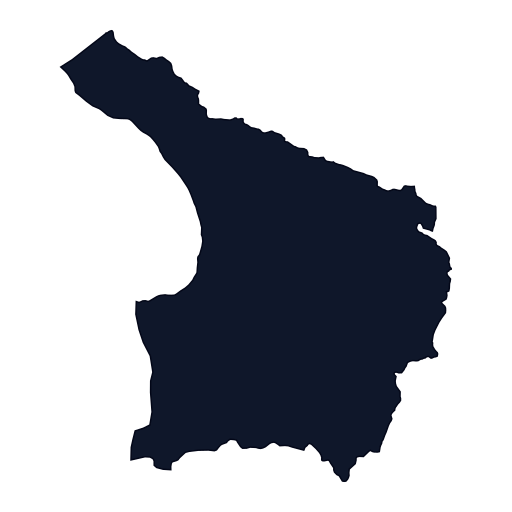 Vardenis, Gegharkunik, Armenia (Mercator projection)
{"feature_id": "60910142B17945932108202", "entity_name": "Vardenis", "entity_type": "district", "adm_level": 2, "iso_a3": "ARM", "parent_name": "Armenia", "parent_adm1": "Gegharkunik", "projection": "mercator", "projection_center": [45.706, 40.224], "detail": "fine", "context": "isolated", "style": "filled", "palette": "ink", "viewbox_px": 512, "rotation_deg": 0, "n_neighbors": 0, "source": "geoboundaries", "source_scale": "gbopen_adm2", "svg_char_len": 6050}
<svg xmlns="http://www.w3.org/2000/svg" viewBox="0 0 512 512"><path d="M170.8,469.7L170.7,466.7L171.2,463.4L172.2,461.8L176.2,460.6L177.9,459.8L179.5,457.7L185.3,452.3L189.1,451.3L198.3,450.2L208.4,450.0L214.4,450.7L216.5,449.9L218.3,447.5L220.4,445.1L221.9,444.2L226.5,442.5L227.4,441.1L229.9,439.3L231.4,439.3L234.4,439.6L236.6,440.2L237.6,442.1L240.6,446.6L242.5,448.2L246.6,448.1L250.1,447.1L256.1,447.4L258.0,448.0L260.5,448.4L262.8,447.9L265.4,446.7L269.3,443.6L270.9,442.7L273.5,442.1L275.3,442.5L278.2,444.4L279.8,445.7L284.9,445.4L288.3,445.7L292.2,447.0L303.8,450.1L304.4,448.7L304.7,447.5L307.2,445.4L307.9,444.2L309.5,443.4L311.5,444.2L316.1,448.5L319.6,452.5L321.0,454.9L321.9,457.7L321.7,459.1L321.9,460.3L322.6,460.7L324.1,460.8L328.0,460.0L329.3,460.6L330.5,462.9L333.8,467.8L333.8,470.0L334.5,472.1L336.9,474.6L337.3,474.6L337.7,475.0L339.2,475.7L342.4,481.0L344.1,481.3L345.9,481.1L347.5,479.3L348.3,477.7L349.0,475.5L348.8,472.8L349.2,469.1L355.2,463.7L356.0,460.2L356.0,458.1L357.0,456.8L359.4,456.3L363.4,456.5L368.8,451.3L370.3,450.3L372.5,451.5L374.1,451.9L377.6,452.0L379.3,451.6L380.0,447.2L380.6,445.4L381.6,443.3L381.9,441.3L382.8,440.1L383.3,439.0L384.7,435.1L386.0,432.2L388.3,425.6L389.6,422.8L391.1,420.7L391.8,418.8L390.8,415.5L391.2,414.0L392.1,412.7L393.6,411.1L394.6,410.3L394.8,408.6L395.6,406.8L395.9,406.6L397.7,403.9L399.4,402.1L400.5,400.4L400.5,398.3L400.0,396.7L400.1,391.8L396.2,386.4L395.4,383.7L395.1,380.9L396.0,376.5L394.3,374.7L394.0,373.5L394.5,372.5L395.4,372.1L396.8,372.1L398.7,372.8L401.6,372.7L403.9,369.8L404.9,367.7L406.0,366.3L407.3,362.7L408.4,361.9L410.5,361.0L412.3,360.6L414.0,360.6L416.1,360.8L418.1,360.6L420.4,359.2L422.4,358.9L423.5,358.2L425.2,357.9L426.4,356.8L428.0,356.4L429.0,356.6L431.0,358.1L431.9,358.0L434.0,357.0L435.8,356.7L437.2,356.1L437.6,353.9L437.2,352.6L436.2,351.7L434.5,349.6L432.7,346.5L432.5,344.6L432.6,342.9L432.0,341.9L432.4,339.7L433.2,334.5L434.9,330.0L438.9,322.1L441.6,317.9L445.4,312.7L445.6,310.4L445.5,308.0L444.8,306.3L442.0,303.6L441.3,302.3L442.5,301.2L446.0,299.1L446.5,297.7L446.9,295.4L446.4,291.7L447.7,291.5L448.8,290.9L449.3,288.3L449.5,283.6L450.1,281.6L450.5,279.0L447.3,275.2L446.8,273.0L447.3,271.7L448.7,271.0L449.4,269.8L451.2,269.2L451.2,268.3L450.2,267.6L449.7,266.3L449.3,263.9L448.7,262.4L449.4,258.2L446.3,251.9L444.5,250.4L440.8,248.0L439.5,246.8L436.8,245.5L436.0,244.0L436.1,242.4L435.3,240.9L434.1,240.0L431.4,238.6L427.0,235.6L424.9,235.2L423.4,234.6L422.0,233.1L418.9,232.0L417.9,231.0L416.6,229.0L416.5,227.1L417.8,223.6L419.9,223.0L421.1,223.4L422.7,226.1L423.4,228.1L429.7,229.8L431.3,230.7L432.4,231.0L432.9,228.5L434.0,225.6L434.3,224.3L434.4,222.1L435.9,218.7L435.8,207.3L435.4,206.3L433.9,206.3L432.3,205.9L430.0,204.8L427.9,204.3L425.6,203.3L420.8,198.5L416.7,196.3L416.0,194.9L415.8,193.6L414.8,191.2L414.8,189.9L414.4,187.7L414.3,186.4L411.0,186.6L407.4,186.3L405.7,185.9L404.3,186.2L401.8,189.8L400.5,190.5L399.0,190.5L394.5,189.4L393.0,189.4L391.0,190.4L389.0,191.0L387.8,191.1L386.1,190.7L384.7,190.0L382.4,189.2L379.3,187.1L377.8,186.6L377.1,185.6L377.2,181.8L376.7,180.1L373.9,177.5L371.7,176.5L366.3,175.0L363.4,173.6L353.1,170.8L350.6,169.0L347.7,167.5L343.0,165.6L340.5,164.9L339.0,164.7L336.5,163.8L334.9,163.2L333.3,161.9L332.6,162.2L331.0,162.1L326.7,161.3L325.3,160.4L323.4,157.4L320.5,157.6L318.9,158.0L314.2,157.7L312.3,157.0L308.8,156.6L308.2,156.0L307.7,154.5L307.7,152.4L306.5,150.0L303.9,148.7L299.0,148.4L297.1,147.8L295.4,146.8L293.9,146.5L287.6,142.0L286.0,141.9L284.6,141.4L284.5,140.3L284.7,138.9L284.4,138.1L282.3,136.8L281.8,135.8L281.1,135.1L278.9,134.1L274.3,132.7L272.5,131.4L271.2,131.2L268.5,132.2L265.0,133.1L262.8,132.8L261.5,131.9L260.2,130.3L258.6,129.3L257.0,129.1L254.0,128.2L251.3,127.8L249.6,126.8L248.3,125.7L246.7,124.7L244.8,124.2L243.6,123.0L243.0,121.6L243.1,119.2L242.4,118.7L240.8,118.6L239.2,119.1L237.2,119.1L236.1,118.0L234.6,118.1L233.4,119.0L230.1,120.1L224.0,119.6L220.9,119.0L215.6,119.3L212.2,118.8L210.6,118.9L208.4,118.4L207.2,117.2L206.7,116.0L206.2,114.1L206.3,110.5L206.0,109.1L203.7,107.2L201.8,106.6L198.5,104.1L198.5,100.7L198.3,98.9L197.8,97.8L197.4,96.1L197.5,94.8L198.5,93.1L198.9,91.2L195.0,89.2L192.3,87.4L188.7,85.8L187.7,84.5L186.4,83.2L185.1,83.1L183.7,81.9L182.7,80.4L181.0,78.2L178.5,77.4L176.4,76.3L174.2,74.3L172.7,71.3L172.0,69.2L171.6,66.0L170.7,63.4L168.6,61.5L166.4,60.1L164.4,58.4L162.2,57.1L159.4,57.4L156.6,58.6L153.3,57.9L151.3,58.2L147.3,60.9L146.4,60.9L144.7,60.0L143.5,60.0L141.7,59.4L137.5,56.8L135.2,54.9L131.3,52.2L129.0,50.1L127.2,49.0L125.4,47.3L124.3,46.7L122.4,46.0L118.5,43.8L116.4,42.0L114.1,38.6L113.5,36.2L113.0,32.3L112.3,31.0L111.6,30.7L110.1,31.1L108.6,31.9L107.1,33.2L106.2,32.9L106.0,33.4L72.3,59.7L60.8,67.0L65.3,71.2L67.5,73.6L68.8,75.4L70.9,79.0L73.7,83.1L75.1,86.6L75.2,90.5L75.5,91.6L75.9,92.5L79.6,95.3L86.6,101.3L92.8,105.8L99.3,108.6L101.4,110.0L107.8,115.3L113.4,117.8L120.0,118.4L127.4,118.6L129.5,119.2L131.1,120.3L132.4,121.4L138.6,128.1L141.0,130.4L143.4,132.1L146.6,133.8L148.9,135.3L150.6,136.6L152.9,139.1L155.3,142.0L158.5,146.5L159.3,148.5L160.2,151.4L161.7,153.4L163.4,156.8L165.1,159.5L172.4,167.0L178.2,173.6L180.9,177.0L186.3,185.1L187.9,187.6L189.2,190.1L191.1,194.5L193.5,200.9L194.2,203.1L196.0,206.7L197.6,212.9L200.4,221.5L201.0,224.6L201.8,227.5L201.5,234.7L202.4,237.1L202.8,240.8L202.8,241.5L202.0,246.5L200.0,253.6L199.3,255.3L198.2,256.5L197.9,257.3L197.7,258.9L198.0,262.3L197.4,267.6L197.1,272.5L196.7,273.5L194.2,277.4L192.8,280.3L188.8,285.1L185.3,288.1L181.0,290.8L176.4,294.2L174.5,295.2L171.3,295.4L167.7,295.3L165.1,294.9L160.5,295.4L158.6,295.9L156.6,296.8L149.1,301.3L147.5,301.4L145.7,300.8L142.8,300.9L140.3,302.1L139.3,302.4L138.3,302.3L136.3,301.6L135.9,314.3L139.1,329.6L143.3,342.2L150.3,355.8L152.9,372.2L150.7,380.9L150.6,392.4L152.1,412.0L149.9,425.0L143.3,428.3L135.2,430.9L133.0,439.6L131.3,447.3L131.0,459.9L145.0,456.7L150.1,457.0L153.1,458.7L154.2,460.9L154.2,465.3L156.7,467.5L163.1,469.2L170.8,469.7Z" fill="#0f172a" stroke="#020617" stroke-width="1.5"/></svg>